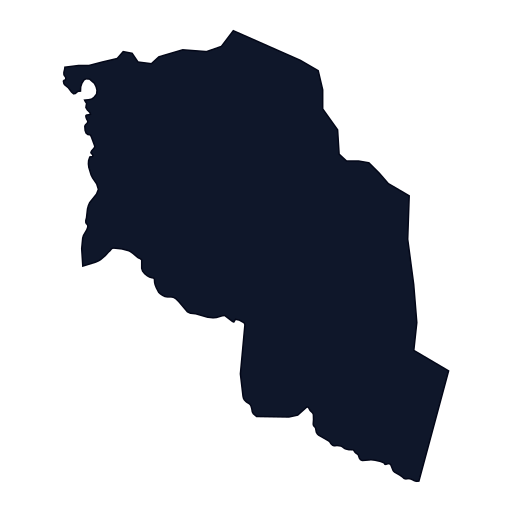 the Prefecture of Chari-Baguirmi
{"feature_id": "TCD-5580", "entity_name": "Chari-Baguirmi", "entity_type": "Prefecture", "adm_level": 1, "iso_a3": "TCD", "parent_name": "Chad", "parent_adm1": "", "projection": "natural_earth1", "projection_center": [15.896, 11.139], "detail": "fine", "context": "isolated", "style": "filled", "palette": "ink", "viewbox_px": 512, "rotation_deg": 0, "n_neighbors": 0, "source": "natural_earth", "source_scale": "10m", "svg_char_len": 3251}
<svg xmlns="http://www.w3.org/2000/svg" viewBox="0 0 512 512"><path d="M73.6,93.8L71.5,92.0L68.3,87.7L64.6,84.7L63.9,83.6L63.4,81.1L64.1,80.3L65.2,80.0L65.8,78.9L65.6,77.2L65.0,76.3L64.3,75.5L63.9,74.3L63.9,72.2L64.6,69.4L64.9,67.3L64.9,67.2L78.5,65.5L88.9,65.5L102.3,62.0L117.2,58.5L123.2,51.6L132.1,53.3L138.0,62.0L151.4,63.7L158.9,56.8L182.7,49.8L206.5,51.6L221.4,46.4L233.3,30.7L300.3,60.3L318.2,70.7L322.7,89.8L322.7,108.9L330.1,119.3L337.6,129.8L339.1,154.1L346.5,161.0L358.5,161.0L368.9,162.8L379.3,173.2L388.3,183.6L409.2,195.8L407.7,239.2L413.7,284.4L416.8,322.6L413.8,350.4L448.6,370.9L418.9,481.1L416.7,481.3L415.6,481.1L414.3,480.7L412.2,479.6L410.2,478.8L408.2,478.6L406.0,478.9L405.1,478.8L404.0,478.4L402.6,477.1L399.8,475.1L394.7,472.2L393.6,471.2L393.1,470.5L392.8,469.8L390.9,465.0L390.4,464.4L389.7,463.9L388.9,463.6L387.7,463.8L386.0,464.3L385.3,464.4L384.7,464.1L384.4,463.2L382.9,462.4L380.3,461.4L374.9,460.2L370.7,459.7L369.9,459.9L362.5,460.5L361.5,460.2L360.5,459.7L359.4,458.2L358.3,455.0L357.8,454.4L355.9,453.1L354.8,452.0L354.0,450.7L353.6,450.1L353.1,449.8L348.8,449.7L345.9,449.0L344.6,448.5L342.1,446.6L340.8,446.0L337.0,445.5L334.7,445.8L333.8,445.7L332.7,445.3L331.3,444.1L330.6,443.2L330.1,442.3L329.4,441.5L328.5,440.8L318.7,435.2L317.5,434.1L317.1,433.5L316.7,432.8L316.3,432.1L315.6,428.3L315.3,427.5L313.7,425.8L313.4,425.1L313.2,424.1L313.5,419.7L313.4,415.3L313.3,414.4L313.0,413.5L312.5,412.9L312.0,412.3L310.3,410.7L309.9,410.1L309.5,409.4L309.1,408.6L308.7,407.9L308.2,407.3L307.6,407.0L306.7,407.1L297.7,415.1L288.9,417.0L256.6,416.5L253.3,413.7L252.3,411.8L251.8,408.8L251.1,406.3L250.5,405.0L249.8,404.2L249.2,403.7L246.9,402.3L245.9,401.5L244.3,399.8L243.5,398.3L243.0,396.2L240.4,373.9L244.9,324.9L244.7,324.1L244.1,322.8L239.3,320.1L235.5,319.3L233.8,322.0L232.5,321.5L224.7,315.5L222.1,315.8L216.5,317.5L213.1,317.8L207.5,317.2L195.8,313.8L190.3,313.2L187.4,311.8L178.7,301.5L175.7,298.6L173.4,297.3L170.9,296.9L167.3,296.9L164.9,296.5L162.5,295.3L160.3,293.8L158.7,292.3L156.3,287.7L155.1,284.6L154.6,282.4L154.4,279.1L153.6,278.0L152.1,277.8L149.6,277.1L147.3,275.8L144.7,273.7L142.6,271.1L141.7,268.3L141.7,259.9L140.2,258.6L138.9,258.1L137.8,257.5L132.7,253.2L130.1,251.4L128.6,250.7L121.8,248.9L114.1,248.1L113.2,248.1L112.4,248.3L111.7,248.7L111.1,249.3L110.2,250.5L109.6,251.1L108.5,252.0L105.3,255.6L100.6,259.6L98.6,260.8L95.7,262.1L82.8,266.1L81.7,248.6L82.7,238.1L83.5,235.4L86.8,229.8L87.8,227.0L87.7,225.3L87.1,224.3L86.3,223.6L85.8,222.3L85.8,220.4L86.5,217.8L87.5,208.9L88.4,205.6L89.7,202.6L96.5,194.1L98.4,189.4L96.7,183.9L92.6,177.9L91.1,174.9L88.8,167.3L88.4,163.9L88.6,160.6L89.8,157.0L90.3,156.8L91.3,156.8L92.2,156.7L92.9,155.9L92.7,154.8L91.1,153.1L90.9,152.4L91.7,150.8L94.0,148.2L94.9,146.5L91.3,136.7L90.3,134.9L87.8,134.5L86.1,133.1L85.1,130.4L84.8,126.2L85.5,124.8L87.0,123.4L87.9,121.9L87.4,120.3L86.8,119.4L86.1,117.6L85.8,115.9L86.4,115.1L90.5,114.4L89.9,112.5L87.4,110.0L85.9,107.5L86.2,105.4L86.5,104.1L86.5,103.1L85.4,101.7L84.6,100.1L88.8,99.7L91.6,99.1L94.0,97.4L96.6,94.1L97.0,90.2L96.1,86.7L94.4,83.3L91.7,81.0L89.6,79.1L86.0,78.8L84.0,79.9L81.9,83.2L80.7,86.8L80.5,91.1L77.8,91.4L75.3,93.5L73.6,93.8Z" fill="#0f172a" stroke="#020617" stroke-width="1.5"/></svg>